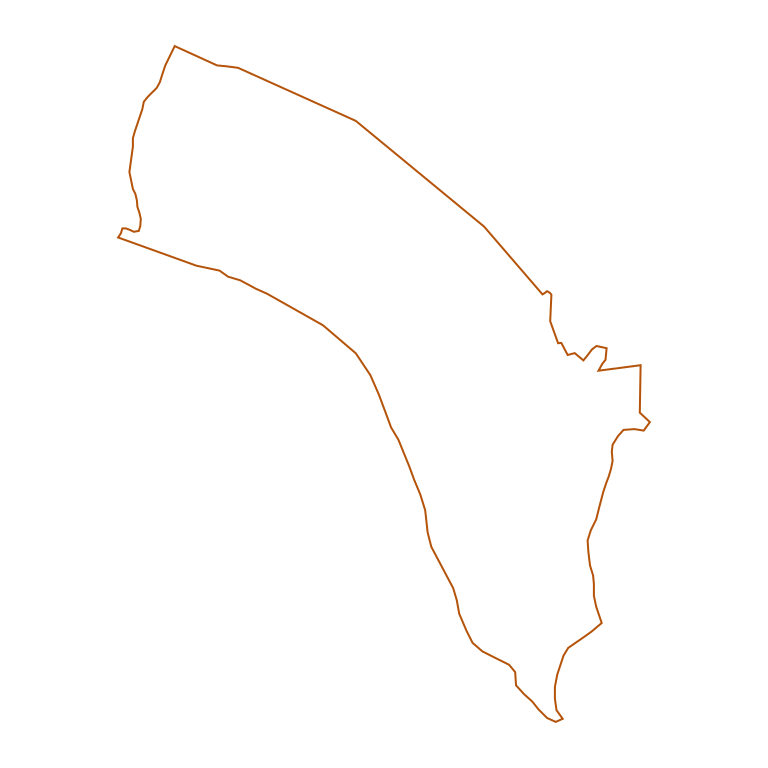 the district of Pontian, Johor, Malaysia
{"feature_id": "92858781B61162443163986", "entity_name": "Pontian", "entity_type": "district", "adm_level": 2, "iso_a3": "MYS", "parent_name": "Malaysia", "parent_adm1": "Johor", "projection": "orthographic", "projection_center": [103.414, 1.514], "detail": "fine", "context": "isolated", "style": "outline", "palette": "amber", "viewbox_px": 768, "rotation_deg": 0, "n_neighbors": 0, "source": "geoboundaries", "source_scale": "gbopen_adm2", "svg_char_len": 1546}
<svg xmlns="http://www.w3.org/2000/svg" viewBox="0 0 768 768"><path d="M118.1,237.5L196.4,265.7L219.5,270.6L228.1,276.7L240.2,280.3L256.0,288.8L267.0,293.7L323.0,325.3L355.8,353.3L370.4,375.2L378.9,394.7L386.2,414.2L391.1,427.5L398.4,439.7L409.3,466.5L414.2,479.9L420.3,494.5L425.2,510.3L427.6,532.2L431.3,546.8L453.2,588.2L456.8,600.3L459.2,613.7L466.5,630.8L472.6,642.9L482.4,651.4L494.5,657.5L509.1,664.8L515.2,672.1L516.0,685.3L523.8,693.9L532.4,701.7L538.6,709.5L547.1,718.0L555.7,721.9L562.7,718.8L556.5,710.2L554.9,698.6L554.9,686.9L557.3,674.4L563.5,655.7L568.2,647.9L576.0,642.5L586.1,635.5L591.5,631.6L601.7,623.0L596.2,606.7L593.9,595.8L593.9,584.1L593.1,575.5L590.0,565.4L588.4,552.1L587.6,540.5L590.8,530.3L596.2,519.4L599.3,507.0L603.2,492.2L606.3,482.8L608.7,476.6L611.0,468.8L612.6,461.0L611.8,451.7L612.6,444.7L618.0,436.1L623.5,429.9L634.4,429.1L643.7,430.6L649.9,422.1L639.8,412.7L640.6,365.2L598.5,370.7L602.4,363.7L605.5,359.8L606.6,348.2L596.4,346.0L591.9,349.5L587.4,355.5L583.4,360.4L574.7,353.1L567.7,355.0L561.3,342.9L558.1,343.2L550.2,321.2L551.4,294.7L549.8,292.8L547.0,291.2L545.1,292.8L542.5,294.4L484.1,226.6L355.8,120.9L238.0,67.8L225.5,66.2L217.0,65.4L174.7,46.1L165.3,65.4L162.3,74.4L159.8,82.3L156.8,87.8L147.8,96.8L143.8,101.8L142.3,109.3L134.9,131.2L132.9,138.2L132.9,146.6L129.4,172.0L132.9,189.0L135.4,194.0L136.9,200.5L137.4,206.9L139.3,212.4L140.8,218.9L140.3,225.9L138.8,230.9L133.9,231.8L129.9,229.9L125.9,228.4L122.4,228.4L120.9,233.3L118.1,237.5Z" fill="none" stroke="#b45309" stroke-width="2"/></svg>